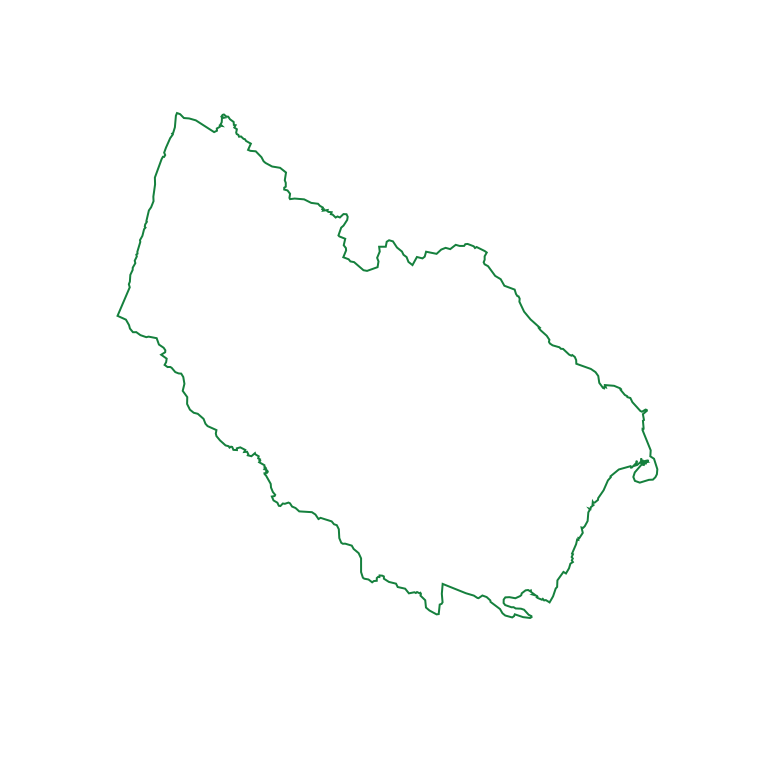 Pamekasan, Jawa Timur, Indonesia (Natural Earth projection), rotated 290°
{"feature_id": "22746128B37926964335633", "entity_name": "Pamekasan", "entity_type": "district", "adm_level": 2, "iso_a3": "IDN", "parent_name": "Indonesia", "parent_adm1": "Jawa Timur", "projection": "natural_earth1", "projection_center": [113.504, -7.071], "detail": "fine", "context": "isolated", "style": "outline", "palette": "green", "viewbox_px": 768, "rotation_deg": 290, "n_neighbors": 0, "source": "geoboundaries", "source_scale": "gbopen_adm2", "svg_char_len": 6154}
<svg xmlns="http://www.w3.org/2000/svg" viewBox="0 0 768 768"><g transform="rotate(290 384 384)"><path d="M567.8,96.8L564.9,96.7L553.7,99.7L547.7,100.0L546.8,99.3L546.2,100.2L541.9,99.0L531.6,98.3L526.2,98.3L524.3,100.1L522.2,99.7L521.9,98.5L519.2,98.1L499.6,98.1L493.3,100.6L481.1,103.2L477.0,104.9L470.4,104.7L466.7,103.7L455.7,105.0L455.3,105.7L452.3,105.0L450.0,105.4L449.4,106.4L447.4,105.6L440.6,106.3L435.7,105.5L434.2,106.4L423.8,107.0L422.2,107.8L420.9,107.0L419.3,108.1L414.6,107.6L412.5,109.0L407.4,108.1L405.2,108.8L399.8,108.3L393.2,110.2L390.5,110.1L387.9,112.0L356.9,110.3L356.2,119.5L352.1,124.3L349.2,126.3L346.8,130.4L348.0,133.5L346.6,138.4L346.7,144.6L348.0,146.6L349.3,154.7L344.1,159.0L342.7,164.5L340.9,167.0L339.0,167.5L335.3,164.6L333.5,171.1L330.0,171.8L326.9,171.3L325.9,174.8L326.9,177.3L326.6,178.9L323.8,183.8L323.7,187.4L324.4,189.9L321.9,193.0L315.9,196.4L308.7,197.2L304.4,203.6L297.9,205.8L293.5,210.4L291.9,215.0L292.3,219.2L289.5,226.4L285.6,229.8L284.1,232.6L283.4,242.3L279.9,242.9L277.7,244.4L274.9,249.2L272.1,256.1L272.4,259.3L271.4,260.6L272.8,261.7L272.9,262.9L270.6,265.0L271.6,268.4L273.2,267.7L275.3,270.6L274.6,276.2L272.3,275.9L273.5,278.5L271.6,280.5L270.4,280.4L270.8,284.1L274.9,286.4L273.9,287.2L273.2,291.0L271.1,291.2L270.8,293.2L269.8,293.0L269.5,293.9L267.8,293.4L266.8,299.4L263.9,300.6L264.9,301.2L264.5,301.8L263.1,301.0L263.1,302.7L261.3,303.3L262.4,304.2L261.8,304.8L260.6,304.5L259.2,302.2L258.3,302.8L257.9,304.1L251.4,311.7L248.1,313.2L244.5,316.5L242.6,319.7L241.3,319.5L239.9,317.1L236.8,320.0L236.0,324.4L233.6,326.8L233.9,328.4L237.1,329.8L237.5,331.8L239.9,334.8L239.7,336.5L237.4,339.5L237.2,343.3L235.3,347.9L238.9,360.1L237.9,364.2L234.7,368.6L236.5,370.1L237.0,381.8L235.1,385.0L235.2,387.9L232.1,391.2L223.9,394.7L220.2,398.1L219.8,399.9L220.7,402.2L221.1,409.0L218.6,411.9L216.4,418.0L212.3,422.1L199.4,426.8L194.8,430.4L194.3,432.0L195.0,436.3L193.6,440.7L195.4,441.9L196.6,444.5L199.2,443.6L200.7,444.4L201.0,445.7L202.6,445.3L203.3,448.0L203.1,449.7L201.0,450.5L199.7,456.3L200.5,463.6L197.9,466.3L198.9,473.9L195.8,479.0L198.7,483.8L198.5,485.4L199.8,486.2L199.5,489.0L200.2,489.6L199.4,490.5L197.6,490.7L194.9,496.7L188.3,499.9L186.7,504.2L185.5,512.2L186.5,514.1L195.8,511.8L197.1,513.3L198.9,513.7L206.6,510.1L216.2,507.5L215.4,532.5L215.9,540.8L214.9,545.0L215.1,546.1L218.9,548.8L218.9,553.3L217.0,557.9L215.7,558.6L212.2,570.0L209.1,573.7L207.9,577.1L208.5,584.3L210.3,585.6L212.3,585.7L212.5,594.5L214.1,601.3L215.4,602.4L216.3,601.9L216.6,598.9L219.8,592.8L219.7,589.5L218.1,584.5L218.6,582.1L217.8,580.2L217.7,573.5L219.1,571.3L222.4,570.2L225.0,571.0L226.6,574.8L227.6,580.7L231.1,584.3L232.5,585.2L234.4,585.0L238.5,587.6L239.7,589.9L239.3,591.9L240.2,592.6L238.8,593.5L237.8,596.9L237.0,595.8L237.2,600.1L236.8,600.8L235.8,600.5L235.5,601.6L235.3,606.2L236.4,606.7L235.4,608.5L236.3,610.0L235.4,614.3L242.3,615.5L250.5,615.3L252.5,616.1L258.8,614.1L268.8,616.9L268.2,619.8L274.1,620.9L278.9,620.6L281.3,622.4L282.5,620.8L284.6,621.1L285.6,619.5L288.7,619.8L288.9,618.7L299.2,619.3L303.9,618.7L304.0,620.0L305.9,619.3L306.1,620.3L312.1,621.7L316.7,618.7L316.9,620.3L319.0,621.3L324.9,622.2L333.3,619.9L336.4,620.5L337.0,619.5L337.0,620.8L339.0,620.5L341.8,622.2L342.0,621.2L344.7,620.5L344.0,621.4L344.6,622.5L348.2,624.7L350.0,624.3L359.2,626.7L370.0,627.4L374.0,629.0L374.7,628.4L384.0,633.9L391.1,643.8L389.9,644.7L390.2,645.4L395.2,647.7L397.0,648.1L398.2,647.2L397.4,648.4L393.3,648.0L394.6,649.7L399.0,652.1L402.2,651.0L400.1,652.5L397.5,652.5L400.4,653.7L400.1,654.3L402.3,657.8L402.4,659.1L399.4,654.2L399.0,654.2L400.9,657.5L400.8,658.2L399.4,655.9L398.8,658.1L398.8,655.5L397.8,654.1L397.9,656.5L397.2,654.9L396.9,656.7L396.4,653.6L386.7,649.9L381.9,650.1L378.8,652.9L378.8,658.1L384.6,665.8L386.1,669.4L389.2,670.9L392.5,671.3L397.4,670.0L406.1,663.3L407.1,659.0L412.9,657.3L429.1,642.7L430.3,642.3L430.4,643.2L431.2,643.1L438.0,639.9L439.1,640.6L444.2,637.6L448.8,640.2L449.5,639.7L449.4,638.5L446.2,635.9L446.3,634.2L451.9,623.6L455.1,620.3L454.9,617.2L455.7,616.7L456.1,614.0L459.5,608.2L460.2,608.5L460.7,607.4L461.0,600.8L458.6,592.1L456.8,593.5L456.9,592.1L455.2,592.3L455.2,591.2L458.7,585.9L464.8,582.6L467.5,578.7L468.9,573.2L468.8,557.8L472.2,556.4L474.7,554.0L475.6,551.0L474.7,550.4L474.9,548.0L478.2,540.3L477.6,538.1L478.5,536.3L478.0,529.2L478.8,526.0L480.0,524.6L482.1,524.3L485.0,520.4L488.1,512.7L489.5,510.4L490.2,511.1L494.8,499.6L499.9,490.9L507.6,483.1L510.6,482.3L512.4,480.4L512.2,479.3L513.8,477.2L517.4,474.5L517.5,463.5L522.4,457.8L523.6,451.5L530.3,441.5L530.9,437.6L532.5,436.0L535.2,436.1L538.4,434.9L542.7,435.6L543.4,433.1L544.4,424.2L542.9,423.0L544.1,421.2L544.2,414.7L543.2,412.6L541.2,412.1L539.6,407.9L539.3,403.8L533.4,400.1L533.0,395.3L529.9,391.8L524.3,388.9L522.7,378.3L517.6,378.7L515.2,377.2L514.6,371.5L505.5,370.1L507.1,365.2L511.0,361.8L512.1,358.1L514.6,355.6L516.7,349.5L521.1,343.6L520.8,339.6L518.6,337.9L513.6,338.7L511.3,332.5L507.0,334.7L500.2,334.4L497.3,336.9L491.6,338.0L484.5,329.4L483.9,325.8L488.3,314.2L487.7,310.5L489.1,308.1L489.2,302.4L496.6,302.7L498.7,301.7L500.6,298.7L507.2,297.9L507.4,291.6L508.0,290.4L516.3,290.3L519.0,291.8L525.6,293.3L528.7,292.7L530.7,290.7L529.8,287.8L525.4,285.6L525.5,283.0L523.9,281.6L525.6,277.8L525.4,276.0L527.5,276.0L526.7,272.9L527.1,271.6L528.2,271.5L526.0,267.4L527.6,267.6L527.3,266.2L528.9,266.2L529.5,262.8L530.8,260.4L529.3,253.7L530.2,245.8L527.7,236.6L525.6,232.5L526.5,231.5L530.6,230.7L532.9,227.1L532.6,223.7L534.4,223.1L535.8,224.2L539.4,222.9L541.5,221.1L549.2,219.6L551.6,212.4L550.1,204.4L551.2,197.1L552.1,194.7L555.2,191.3L558.8,183.9L557.4,178.7L557.5,176.2L564.3,176.7L565.2,171.3L566.5,169.5L566.3,168.2L567.7,165.0L566.8,163.2L568.3,161.9L568.5,160.1L569.7,159.1L573.1,158.6L573.8,155.6L576.4,156.0L576.1,154.3L578.8,153.1L580.1,148.7L581.9,146.2L581.4,144.3L582.5,141.4L581.7,140.3L579.7,139.8L579.5,142.6L578.4,140.8L574.4,142.0L572.0,141.6L571.1,143.6L570.6,141.3L569.4,141.7L566.9,139.5L564.9,140.4L562.6,138.2L567.4,117.0L566.9,110.1L565.5,105.0L567.8,100.2L567.8,96.8Z" fill="none" stroke="#15803d" stroke-width="2"/></g></svg>